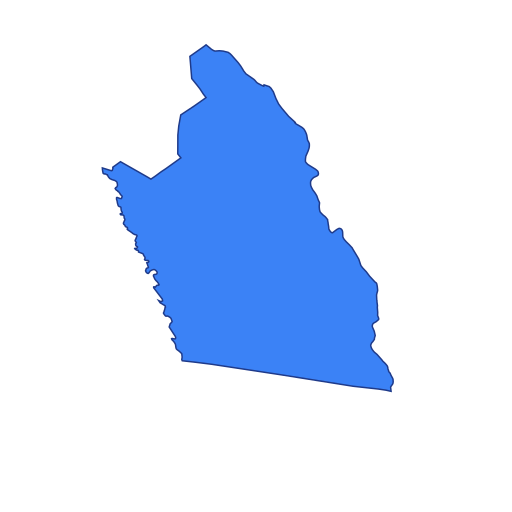 Suchiate, Chiapas, Mexico (Equal Earth projection), rotated 317°
{"feature_id": "50627088B714151448233", "entity_name": "Suchiate", "entity_type": "district", "adm_level": 2, "iso_a3": "MEX", "parent_name": "Mexico", "parent_adm1": "Chiapas", "projection": "equal_earth", "projection_center": [-92.246, 14.632], "detail": "fine", "context": "isolated", "style": "filled", "palette": "blue", "viewbox_px": 512, "rotation_deg": 317, "n_neighbors": 0, "source": "geoboundaries", "source_scale": "gbopen_adm2", "svg_char_len": 6086}
<svg xmlns="http://www.w3.org/2000/svg" viewBox="0 0 512 512"><g transform="rotate(317 256 256)"><path d="M130.6,282.3L139.0,292.1L149.7,304.9L192.7,359.2L238.2,417.5L254.8,436.8L259.5,442.7L262.5,447.1L265.0,443.7L265.5,443.5L268.4,442.9L269.2,442.6L270.5,441.6L272.0,439.8L272.5,438.8L273.4,435.3L274.2,433.1L274.2,431.5L274.4,430.9L274.5,430.5L274.9,430.1L275.1,429.5L275.3,428.9L275.7,428.2L276.5,427.2L277.0,426.0L277.1,425.2L277.2,423.4L277.2,421.8L277.0,419.5L277.2,417.9L277.4,410.5L277.0,407.3L277.0,406.0L277.2,403.9L277.6,402.2L278.4,400.4L278.8,399.8L279.2,399.3L281.4,398.4L283.0,398.3L285.7,397.7L286.8,396.7L288.6,395.7L289.0,395.4L290.8,392.3L291.2,391.6L292.5,387.9L292.9,387.0L293.3,386.5L294.3,385.7L295.0,385.4L296.2,385.3L299.2,386.0L302.3,386.1L302.9,385.7L303.5,384.6L304.3,382.5L306.5,380.3L309.6,376.4L311.1,375.0L313.2,372.0L314.0,371.2L314.2,370.7L314.6,370.2L317.6,366.7L319.2,365.6L321.2,364.4L321.8,363.8L324.0,360.9L325.3,358.8L325.5,358.2L325.6,357.8L325.3,356.2L325.3,348.3L325.9,342.8L325.9,337.3L326.2,334.5L329.0,328.5L329.7,325.6L331.6,316.6L331.9,315.6L331.9,311.3L331.7,307.2L331.8,304.1L332.1,302.6L332.5,301.4L332.9,300.8L335.5,297.8L336.2,296.8L336.4,296.3L336.7,295.3L336.7,294.2L336.5,293.7L336.0,292.8L335.5,292.4L335.0,292.2L333.0,291.7L327.9,291.2L327.6,291.0L327.4,290.7L327.1,289.8L327.1,288.7L327.3,287.4L327.6,286.2L327.8,285.8L329.3,283.9L331.0,281.3L331.7,280.4L332.4,279.1L333.0,278.6L333.2,278.0L333.4,275.5L333.4,274.6L333.3,273.6L333.1,272.6L333.0,271.6L332.9,269.2L333.0,267.4L333.2,266.9L334.2,265.2L335.5,263.5L336.3,262.6L338.7,260.5L338.9,260.1L339.9,257.1L341.5,253.5L342.1,250.7L342.3,249.4L342.6,246.5L343.4,243.5L344.2,241.6L344.7,241.0L345.5,240.0L346.5,239.0L347.2,238.6L348.8,238.0L349.5,238.0L351.6,237.9L355.1,239.0L355.8,239.1L356.8,239.1L357.7,238.5L358.1,238.0L358.8,236.8L359.0,236.1L359.0,235.5L358.7,233.1L356.5,225.1L356.3,224.0L356.3,221.8L356.4,221.2L356.6,220.6L357.7,219.4L358.8,218.4L360.5,217.0L365.8,214.7L366.7,214.2L368.5,213.2L370.0,212.0L371.2,210.7L371.6,210.2L372.1,209.0L372.8,206.3L373.1,205.9L373.7,205.0L375.3,202.6L376.0,201.3L376.8,199.2L377.3,197.4L377.5,196.3L377.6,195.6L377.5,194.5L377.3,193.1L376.2,189.3L375.4,186.9L375.3,185.0L375.8,185.0L375.1,176.2L375.6,165.8L376.2,160.3L378.0,154.3L380.7,147.7L381.4,143.4L381.2,141.1L378.6,136.3L377.5,137.1L376.7,135.5L375.1,130.8L374.9,129.8L374.9,128.4L375.0,126.8L374.9,125.3L373.3,117.9L372.9,116.2L372.9,115.5L373.2,112.2L373.7,110.1L374.4,106.4L374.8,102.5L375.1,92.4L375.0,90.2L374.5,88.0L371.7,83.7L369.2,80.9L365.8,78.2L365.1,76.9L364.4,74.5L363.5,67.5L361.3,67.3L343.8,64.9L330.0,82.4L329.4,90.9L329.0,95.4L327.9,101.8L327.5,106.1L313.5,104.2L297.2,101.5L288.1,108.3L281.4,114.2L268.4,128.0L268.0,133.0L249.4,130.6L244.0,129.7L236.8,128.9L231.6,128.1L230.4,124.0L221.2,94.6L211.8,93.4L211.2,94.3L210.4,94.7L209.3,95.4L208.8,95.2L208.5,95.1L208.1,94.5L203.7,86.8L202.6,88.1L202.2,88.7L201.5,89.7L200.6,91.3L200.7,91.9L201.0,92.6L201.5,92.8L202.0,93.7L202.2,94.7L202.7,95.2L202.2,96.7L202.0,97.6L201.9,99.5L202.0,99.9L202.7,101.8L204.3,104.6L204.7,106.3L204.6,107.4L204.3,107.9L204.0,108.2L203.6,109.0L203.1,109.6L202.5,110.1L201.6,110.5L200.6,110.6L200.4,110.4L200.1,110.3L199.0,110.6L198.8,111.6L198.8,112.8L199.2,113.8L199.3,114.1L199.0,114.6L199.3,115.3L199.3,115.8L199.1,117.7L198.8,118.6L198.9,120.6L198.7,121.2L196.8,122.2L195.8,121.3L194.4,118.5L193.9,118.2L192.8,119.2L192.0,120.9L190.8,122.7L189.6,125.1L189.5,125.5L189.7,126.6L190.4,127.7L190.4,128.1L190.3,128.4L190.1,128.7L189.7,129.1L189.3,129.7L188.9,130.2L188.5,130.9L188.3,131.3L187.9,133.0L187.5,133.3L187.3,133.4L186.9,133.4L186.1,132.9L185.9,132.6L185.7,132.5L185.2,132.9L185.2,133.7L185.8,134.3L186.8,135.5L186.8,136.6L186.5,137.1L185.9,137.8L185.5,138.3L185.3,139.5L185.1,139.8L184.6,140.2L183.7,140.5L183.3,140.7L181.7,141.4L181.3,141.7L180.9,142.8L181.1,143.4L181.0,144.3L180.7,145.0L180.6,145.4L180.8,146.1L181.2,146.8L181.3,147.5L181.2,147.9L181.0,148.1L180.1,148.5L180.1,149.9L180.5,151.3L181.2,154.7L181.2,155.3L181.8,157.3L182.2,158.0L183.0,159.2L183.0,159.4L182.9,159.9L182.3,160.4L181.1,160.8L180.4,161.4L179.9,161.4L179.5,161.7L178.7,161.9L178.0,162.4L177.8,163.1L177.8,164.0L177.7,164.5L177.3,164.6L176.8,164.9L176.2,165.0L175.4,166.1L175.2,167.1L175.3,167.6L175.6,168.2L175.5,168.7L175.0,168.9L174.5,169.0L173.8,168.9L173.4,168.6L172.7,167.8L172.4,167.8L172.3,168.8L172.6,169.9L172.8,170.5L173.6,171.4L173.6,171.8L172.9,172.9L172.8,173.0L173.3,174.0L174.7,176.9L174.8,177.4L174.8,178.0L174.5,178.3L174.2,179.5L174.0,180.9L173.8,181.4L173.4,181.9L173.0,182.2L172.2,182.4L172.0,182.7L172.0,183.1L172.2,183.7L174.0,185.6L174.1,186.2L173.9,186.9L173.7,187.1L172.9,187.2L172.6,187.1L172.2,186.6L171.8,186.4L171.5,186.4L170.9,188.1L170.3,189.2L170.1,189.8L169.7,190.9L169.5,191.0L169.1,191.0L167.7,190.4L167.2,190.4L166.5,190.7L165.6,191.3L165.1,191.5L164.9,192.1L164.6,193.0L164.6,193.8L164.9,194.7L165.2,195.2L165.8,195.3L166.7,195.2L168.6,194.8L170.8,195.5L172.2,196.3L172.6,197.0L172.8,197.9L172.9,198.7L172.8,199.9L172.6,200.3L172.2,200.9L171.7,201.2L171.0,201.4L169.8,200.8L169.1,200.2L168.7,200.2L168.4,200.0L168.0,200.1L167.4,200.6L166.3,203.7L166.1,205.5L166.1,206.3L166.2,207.4L166.1,207.8L166.1,208.4L165.9,209.7L165.8,209.9L165.5,210.9L165.1,211.0L164.7,210.9L164.5,210.6L164.2,210.3L163.9,210.2L163.6,209.9L163.2,209.8L161.2,210.1L160.5,209.0L160.2,208.8L159.9,208.9L159.5,209.5L158.1,223.6L157.1,225.1L155.4,224.6L154.4,222.2L154.0,224.9L155.6,230.4L154.9,231.6L154.6,231.5L153.0,232.7L151.5,233.5L151.4,233.7L149.4,234.6L149.1,235.6L149.0,236.5L148.9,237.9L149.0,238.4L149.2,238.7L150.2,239.4L150.8,240.5L151.0,241.5L151.2,241.8L151.3,243.6L150.0,246.7L148.9,247.0L147.1,247.0L144.1,248.7L142.2,259.5L141.8,260.7L141.0,261.4L140.5,261.5L140.2,261.4L139.1,260.1L138.9,259.6L138.1,258.9L137.8,258.9L137.4,260.1L137.5,261.3L137.4,263.3L137.0,265.2L136.4,266.4L135.9,267.0L134.9,268.5L134.4,269.5L134.4,270.6L134.8,272.7L135.0,274.6L135.1,276.8L133.0,279.6L131.1,281.1L130.6,282.3Z" fill="#3b82f6" stroke="#1e3a8a" stroke-width="1.5"/></g></svg>